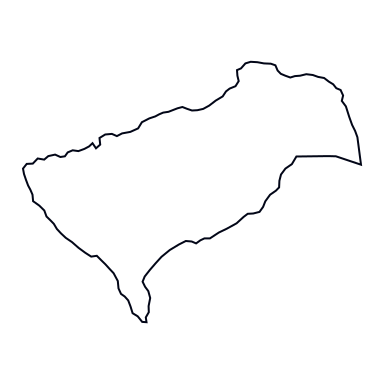 the district of Mampituba, Rio Grande do Sul, Brazil
{"feature_id": "56859067B96169030602258", "entity_name": "Mampituba", "entity_type": "district", "adm_level": 2, "iso_a3": "BRA", "parent_name": "Brazil", "parent_adm1": "Rio Grande do Sul", "projection": "robinson", "projection_center": [-50.01, -29.274], "detail": "fine", "context": "isolated", "style": "outline", "palette": "ink", "viewbox_px": 384, "rotation_deg": 0, "n_neighbors": 0, "source": "geoboundaries", "source_scale": "gbopen_adm2", "svg_char_len": 1826}
<svg xmlns="http://www.w3.org/2000/svg" viewBox="0 0 384 384"><path d="M142.2,321.9L146.5,322.2L145.8,317.4L148.8,312.2L148.6,306.1L150.2,298.0L148.3,291.1L145.1,286.8L142.6,281.7L144.7,276.5L149.9,269.9L155.5,263.4L161.5,256.8L169.8,250.0L178.9,244.5L185.8,241.0L191.7,241.5L196.1,243.4L200.4,240.3L204.4,238.4L209.9,238.4L218.9,232.5L226.8,228.7L236.6,223.3L243.5,217.0L247.7,213.8L253.2,213.5L259.5,211.9L263.1,206.9L265.3,201.3L270.1,194.7L275.9,190.7L279.1,187.4L279.4,180.8L281.0,174.5L285.4,168.6L291.9,164.1L296.4,156.5L328.2,156.1L335.9,156.3L361.0,164.7L357.4,137.2L355.1,130.9L352.1,124.9L349.2,116.8L345.9,106.4L341.8,100.9L343.1,95.5L340.6,90.0L336.3,88.2L333.2,84.3L328.8,81.6L324.1,78.0L318.1,76.9L312.8,75.0L306.3,74.2L300.1,75.7L294.9,76.1L290.3,77.5L285.3,75.7L280.8,73.8L277.6,70.5L275.4,65.3L270.8,63.7L263.9,63.4L257.4,62.2L250.7,61.8L245.4,63.4L241.0,68.4L237.0,70.1L237.4,75.7L238.7,81.1L235.5,86.2L229.6,88.6L226.0,91.4L222.7,96.4L215.7,100.6L209.2,105.6L203.2,108.9L197.4,110.2L192.0,110.5L187.0,108.8L182.4,107.0L177.5,108.3L172.6,110.2L168.5,111.8L163.2,112.6L159.2,114.3L155.3,116.4L149.3,118.4L141.9,122.2L138.1,128.4L130.3,131.9L122.1,133.4L116.9,136.1L111.9,133.9L105.2,134.5L99.5,138.0L100.2,144.6L96.0,148.3L92.5,143.2L89.1,146.4L84.4,148.9L78.4,151.1L72.7,150.3L67.7,152.4L64.9,156.3L60.4,157.0L55.1,154.6L48.3,156.1L44.2,159.6L37.7,158.5L32.8,163.6L26.7,163.9L23.0,168.6L24.0,174.0L26.0,179.9L28.1,185.5L30.4,189.8L32.5,194.7L33.1,201.2L39.3,205.6L44.3,210.5L46.5,216.5L50.6,220.5L53.8,223.8L56.9,229.0L61.0,233.4L65.7,237.8L72.0,242.1L78.5,247.8L85.3,252.8L91.2,256.6L96.8,255.8L101.3,260.3L105.3,264.2L109.2,268.5L113.6,273.2L117.8,281.0L118.5,288.4L121.0,293.9L124.7,296.5L128.2,300.4L130.5,306.4L132.6,313.2L137.7,316.3L142.2,321.9Z" fill="none" stroke="#020617" stroke-width="2"/></svg>